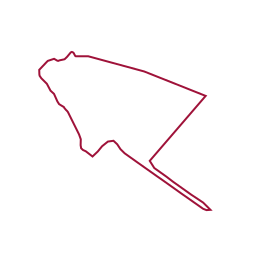 map outline of Rivas (Albers equal-area conic projection), rotated 15°
{"feature_id": "NIC-24", "entity_name": "Rivas", "entity_type": "Department", "adm_level": 1, "iso_a3": "NIC", "parent_name": "Nicaragua", "parent_adm1": "", "projection": "albers", "projection_center": [-85.754, 11.311], "detail": "fine", "context": "isolated", "style": "outline", "palette": "rose", "viewbox_px": 256, "rotation_deg": 15, "n_neighbors": 0, "source": "natural_earth", "source_scale": "10m", "svg_char_len": 889}
<svg xmlns="http://www.w3.org/2000/svg" viewBox="0 0 256 256"><g transform="rotate(15 128 128)"><path d="M173.8,169.0L168.2,167.0L147.1,159.2L131.3,153.3L126.2,150.4L121.8,146.5L117.3,144.1L112.1,146.3L107.7,152.3L104.9,158.5L101.1,164.7L93.2,161.4L90.2,160.9L88.0,159.7L86.7,156.9L85.3,151.1L82.4,146.9L65.8,128.1L64.4,127.1L63.6,126.7L61.3,125.1L60.7,124.4L55.3,122.8L52.9,120.6L47.7,114.2L43.5,112.0L38.2,106.3L31.4,102.4L29.1,100.4L28.5,99.1L27.2,94.8L31.7,86.5L32.8,84.5L33.2,83.9L38.7,80.3L42.4,81.3L43.5,81.1L44.1,80.5L48.4,78.3L49.0,77.9L50.7,75.1L53.1,69.9L53.6,69.4L54.0,69.1L54.4,69.1L54.7,69.1L55.5,69.3L56.2,69.7L56.8,70.4L58.3,72.0L59.0,72.2L65.9,70.4L71.0,69.0L129.0,69.2L194.7,76.9L157.5,154.1L163.8,159.9L177.8,165.1L185.5,168.3L206.5,176.1L219.9,180.6L228.8,185.7L225.1,187.0L221.5,186.6L196.3,177.4L173.8,169.0Z" fill="none" stroke="#9f1239" stroke-width="2"/></g></svg>